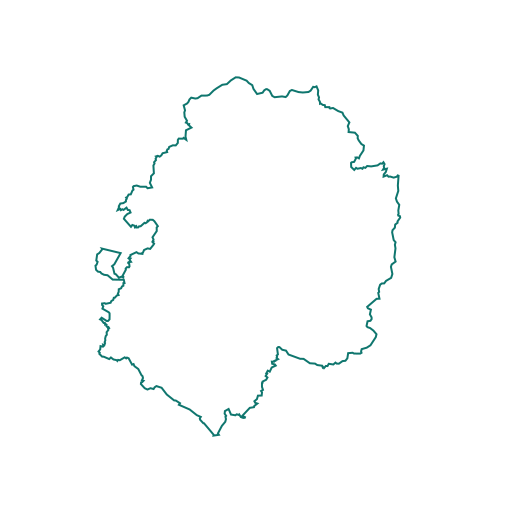 Zapopan, Jalisco, Mexico, rotated 29°
{"feature_id": "50627088B32586146432484", "entity_name": "Zapopan", "entity_type": "district", "adm_level": 2, "iso_a3": "MEX", "parent_name": "Mexico", "parent_adm1": "Jalisco", "projection": "mercator", "projection_center": [-103.516, 20.792], "detail": "fine", "context": "isolated", "style": "outline", "palette": "teal", "viewbox_px": 512, "rotation_deg": 29, "n_neighbors": 0, "source": "geoboundaries", "source_scale": "gbopen_adm2", "svg_char_len": 6137}
<svg xmlns="http://www.w3.org/2000/svg" viewBox="0 0 512 512"><g transform="rotate(29 256 256)"><path d="M122.4,226.6L126.6,233.2L125.5,237.1L127.2,240.2L127.7,243.5L131.9,246.4L128.3,249.3L126.3,248.7L121.2,251.5L117.5,252.2L115.1,254.2L114.9,255.3L116.7,257.4L116.2,258.6L116.6,262.8L114.8,264.0L114.8,266.8L114.1,267.9L115.2,268.5L115.1,270.1L115.8,271.4L114.3,274.1L111.9,275.9L111.9,279.0L112.5,279.5L112.8,282.9L114.5,280.6L115.6,281.4L116.5,279.9L117.8,279.9L119.3,276.5L121.6,277.9L123.2,277.2L125.2,278.8L123.1,281.7L122.1,285.2L122.4,287.5L132.5,291.1L132.8,288.8L135.2,288.4L136.1,289.5L136.8,288.1L137.5,289.1L139.1,288.1L139.3,286.8L140.7,285.9L142.4,281.0L143.5,280.9L144.3,279.4L144.2,277.8L144.9,277.9L145.5,275.8L148.1,274.4L150.2,274.8L155.7,277.5L155.3,279.2L157.1,282.3L156.4,289.8L158.4,291.3L158.5,293.5L159.3,293.2L159.4,294.2L160.9,294.6L160.9,295.7L160.0,301.1L157.5,301.9L155.2,305.0L155.5,308.1L154.9,308.8L155.4,309.3L151.9,310.8L149.6,310.6L145.7,316.0L146.2,316.7L145.7,319.5L147.4,319.0L147.1,320.5L149.5,321.7L147.5,323.2L147.5,324.0L149.0,324.4L150.4,326.4L150.4,327.4L148.5,328.4L148.1,330.2L148.8,331.1L148.9,338.1L150.0,338.3L150.3,339.1L148.4,339.3L146.6,341.4L142.2,339.9L140.8,340.1L136.6,335.5L135.0,334.7L136.1,332.0L136.2,319.1L117.7,324.2L118.3,324.5L117.5,329.4L116.3,331.6L118.5,337.4L120.3,337.9L120.8,340.8L120.3,342.3L122.8,345.6L125.4,346.3L127.5,345.5L129.3,346.2L132.2,346.1L135.5,344.8L142.1,346.1L151.9,340.9L154.1,343.4L153.2,344.0L154.4,346.3L153.5,347.7L153.7,349.6L152.1,351.6L153.3,354.0L153.4,355.8L154.7,356.8L153.5,357.8L152.7,361.0L151.9,361.5L152.4,363.6L151.3,365.6L151.5,367.4L147.7,370.7L146.6,370.6L144.4,372.2L145.2,373.5L146.8,374.0L147.2,376.5L154.5,376.6L155.7,377.1L156.8,379.0L158.6,382.4L158.1,384.5L157.0,385.2L150.9,384.8L150.4,387.0L151.9,386.9L155.2,388.4L156.2,387.8L157.2,389.0L157.5,388.4L158.7,388.6L159.1,389.8L160.3,390.2L161.2,389.6L162.5,390.3L161.9,391.3L162.7,392.2L162.3,395.1L163.7,397.2L163.4,398.9L164.1,401.4L165.1,402.8L165.4,404.8L166.2,405.3L166.6,407.5L165.3,407.7L166.3,408.8L166.1,409.5L163.7,410.2L165.0,413.2L164.6,415.9L166.2,416.3L166.4,417.5L170.2,418.6L171.6,417.9L177.6,417.3L178.3,415.1L181.5,415.6L184.8,414.6L185.6,415.0L185.8,413.7L187.4,413.2L190.3,408.3L192.1,408.5L192.4,407.4L194.2,407.2L200.3,411.1L201.3,409.9L203.1,411.3L207.8,411.9L213.5,415.7L215.0,416.1L216.3,417.5L216.5,420.0L218.1,419.7L217.6,421.6L216.8,422.3L217.4,423.8L222.8,425.6L225.8,425.4L227.8,422.8L230.9,422.0L231.0,420.0L231.9,418.1L237.3,417.0L245.1,420.4L254.4,422.0L255.9,421.3L260.9,421.6L260.7,423.5L272.4,422.4L281.4,423.9L285.7,423.5L285.6,425.3L286.5,426.3L291.0,427.8L291.6,427.5L305.7,432.9L305.9,433.7L310.2,430.4L308.7,429.6L308.5,421.1L309.5,415.9L308.8,413.2L307.2,411.4L307.4,410.3L305.0,409.1L304.0,406.7L306.2,403.1L311.0,406.8L315.2,405.3L315.9,403.8L317.9,403.4L318.1,402.7L320.8,404.2L323.4,403.8L324.6,402.9L324.5,402.3L321.5,402.5L324.2,391.8L327.5,389.2L327.2,388.0L328.7,384.4L326.5,384.8L325.0,383.8L326.2,380.7L325.4,377.2L328.6,375.3L327.4,372.4L325.9,371.6L327.0,369.7L324.7,367.6L322.8,364.2L323.2,363.7L322.6,362.7L324.9,359.3L324.9,356.7L322.6,356.3L322.8,353.6L321.9,353.7L321.9,350.6L324.1,350.5L323.8,345.9L326.4,342.3L325.1,341.7L322.4,342.4L321.1,340.7L323.0,339.7L322.8,339.0L323.8,338.3L323.6,337.9L325.3,335.5L323.4,335.2L323.3,333.9L322.3,333.0L322.9,331.5L319.1,326.4L319.6,324.8L320.7,324.3L324.4,325.3L328.1,324.2L332.2,326.4L344.4,324.5L347.5,322.9L355.1,323.7L359.8,321.5L362.4,321.7L367.0,319.9L368.3,321.0L368.4,320.5L369.8,321.1L370.4,318.3L371.9,317.6L371.9,315.0L376.2,313.4L377.2,310.7L378.7,311.0L380.7,310.0L382.6,306.0L385.0,304.3L385.5,301.2L383.7,296.3L387.4,293.8L389.0,293.8L394.4,290.9L395.2,289.5L394.1,288.4L393.6,286.2L397.3,282.5L399.4,278.6L400.1,268.9L399.3,266.0L394.8,264.3L390.7,263.7L388.0,264.2L386.6,263.6L385.2,259.0L387.5,257.2L387.7,255.1L386.8,253.6L383.9,251.8L382.5,247.2L379.2,247.5L377.9,246.6L382.2,235.0L384.7,233.5L380.8,229.0L381.1,227.7L379.3,225.4L378.5,220.9L379.3,219.1L381.4,217.8L381.8,214.7L384.8,209.6L384.0,205.6L379.3,200.1L379.0,198.8L378.8,197.5L380.8,193.2L377.6,190.0L374.3,181.7L372.0,178.8L371.4,176.3L368.7,175.3L363.6,169.3L362.9,167.2L363.7,163.9L362.5,161.0L363.7,158.3L363.0,157.1L363.5,152.5L362.6,151.4L360.9,151.7L360.3,151.1L360.3,150.0L358.4,147.2L356.5,141.8L352.9,140.1L350.4,137.8L348.9,130.1L345.9,125.6L341.8,116.7L340.9,116.8L340.7,118.4L338.4,120.7L334.7,121.5L333.5,122.4L331.5,121.8L329.1,124.7L328.2,122.7L328.8,119.6L328.1,116.2L325.2,118.9L325.3,116.7L324.2,115.5L323.9,113.3L322.0,112.2L321.6,114.1L319.9,114.7L318.4,117.8L313.3,121.8L309.6,123.4L308.9,125.9L307.0,126.3L306.8,128.1L305.1,128.2L302.4,130.5L300.8,130.4L300.2,133.1L296.1,132.0L294.0,128.5L294.2,127.7L296.2,126.1L296.1,122.2L295.4,121.6L296.7,120.7L298.7,120.7L298.3,117.9L298.8,111.6L296.9,107.1L293.9,107.0L289.8,105.1L287.8,103.7L286.8,101.6L282.7,100.2L276.9,102.7L275.7,100.1L273.3,97.9L272.9,93.9L264.5,90.6L262.1,88.7L257.6,89.4L251.6,89.2L249.4,91.0L248.8,91.1L248.0,90.2L244.4,92.2L243.0,90.7L241.2,91.5L238.7,91.2L238.2,91.8L237.1,90.1L234.8,88.7L234.2,86.7L231.9,84.9L230.1,81.0L226.7,78.3L225.5,79.9L224.0,80.3L223.6,84.9L222.4,87.1L217.7,90.3L213.7,92.0L206.9,93.4L205.6,95.3L205.6,100.4L204.9,102.6L201.4,103.8L195.3,108.1L192.6,108.1L187.9,104.9L185.0,104.7L184.0,105.1L182.9,107.0L182.6,110.0L178.4,113.8L172.8,111.1L169.9,108.4L165.8,108.2L162.8,107.2L154.6,108.1L151.6,109.6L148.9,114.6L147.2,119.8L143.5,122.6L140.3,128.4L138.7,131.8L137.0,137.7L135.4,139.4L130.5,142.2L128.4,146.3L126.6,147.7L122.6,148.9L121.9,151.4L122.2,153.9L121.8,156.0L119.7,159.3L123.3,163.0L123.7,165.2L126.1,168.8L130.1,171.2L130.0,173.3L131.5,173.1L132.7,173.9L133.6,173.1L134.0,174.2L137.3,175.0L133.8,180.0L136.5,185.8L138.7,188.2L135.4,187.8L135.2,188.8L131.5,190.8L131.4,192.4L132.8,195.0L132.2,198.2L129.6,199.5L127.2,202.7L127.6,204.7L126.8,205.8L127.0,207.4L127.9,208.2L124.5,211.4L124.4,213.9L123.6,215.8L121.5,216.0L120.4,217.2L121.1,217.3L121.0,219.6L122.0,220.6L121.4,223.4L122.4,224.3L122.4,226.6Z" fill="none" stroke="#0f766e" stroke-width="2"/></g></svg>